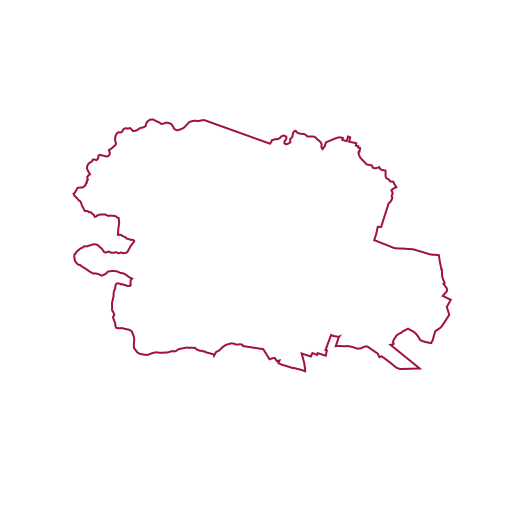 outline of Yecuatla, Veracruz, Mexico, rotated 65°
{"feature_id": "50627088B64741996810444", "entity_name": "Yecuatla", "entity_type": "district", "adm_level": 2, "iso_a3": "MEX", "parent_name": "Mexico", "parent_adm1": "Veracruz", "projection": "orthographic", "projection_center": [-96.776, 19.847], "detail": "fine", "context": "isolated", "style": "outline", "palette": "rose", "viewbox_px": 512, "rotation_deg": 65, "n_neighbors": 0, "source": "geoboundaries", "source_scale": "gbopen_adm2", "svg_char_len": 6105}
<svg xmlns="http://www.w3.org/2000/svg" viewBox="0 0 512 512"><g transform="rotate(65 256 256)"><path d="M253.0,99.7L248.5,100.3L246.9,100.1L245.9,101.5L245.2,102.9L243.3,103.1L242.3,103.8L240.1,105.1L238.1,104.7L233.4,102.5L232.2,104.0L231.1,105.7L229.5,106.7L227.5,106.8L227.4,109.0L226.8,111.1L225.4,112.8L222.8,112.8L219.7,117.1L218.2,117.5L211.3,119.9L208.3,120.0L205.4,119.4L204.7,118.7L205.1,118.1L202.3,116.0L200.7,117.6L199.7,116.9L198.1,118.8L196.3,117.4L195.5,118.3L191.8,123.2L188.3,120.5L186.6,122.1L190.2,125.2L187.3,128.7L185.7,127.4L185.5,127.6L183.8,130.0L183.3,131.8L183.0,133.9L182.8,139.0L182.5,144.4L184.3,146.2L185.8,147.5L186.3,149.0L187.3,150.4L186.2,150.8L184.7,150.6L183.3,149.8L182.1,149.2L179.9,149.4L177.8,150.3L176.2,151.2L173.8,151.9L172.3,153.0L170.8,155.9L169.7,158.5L168.3,159.4L166.6,160.1L165.6,161.2L164.4,163.3L162.9,165.5L161.0,166.8L159.3,167.1L159.1,168.6L159.9,170.0L161.4,171.4L163.1,172.4L163.9,173.8L164.3,175.4L165.3,176.2L166.6,176.4L167.5,176.9L167.8,180.1L167.2,182.0L165.7,182.6L164.8,182.2L163.9,181.3L163.3,180.0L162.3,178.7L160.8,178.2L159.4,179.0L158.6,180.0L158.3,181.4L158.5,183.0L159.1,184.3L159.3,186.5L158.2,189.7L157.8,192.7L159.2,194.1L160.1,195.9L110.9,245.5L109.7,249.3L109.2,251.7L107.8,253.6L106.9,256.4L106.5,258.5L106.6,260.6L107.7,263.0L108.3,264.7L109.0,266.1L109.4,268.4L109.0,274.0L107.3,275.8L105.4,276.5L103.8,276.4L100.5,277.1L98.9,278.5L97.3,280.7L96.8,284.5L96.2,286.1L94.3,287.1L92.6,288.6L88.7,291.7L87.7,294.4L88.0,296.7L88.8,298.6L90.3,300.1L91.5,300.9L91.8,302.5L91.7,304.3L91.2,306.2L91.1,307.7L91.6,309.7L91.6,312.1L90.8,314.7L89.0,315.2L86.8,316.1L86.4,318.5L85.2,319.8L84.9,322.0L85.7,323.5L86.9,325.1L86.7,326.8L85.7,328.5L86.1,330.3L87.5,332.2L88.7,333.3L91.3,334.6L92.9,335.1L95.1,335.4L96.1,336.7L97.5,341.7L97.8,344.5L101.0,344.9L102.5,346.3L103.0,348.1L102.5,349.8L100.9,351.4L99.3,353.8L98.3,354.6L98.3,356.2L100.9,357.8L101.7,360.0L100.5,361.3L99.7,363.1L100.9,364.7L101.0,365.8L101.3,367.9L102.1,369.7L103.3,371.0L105.0,372.2L108.4,372.3L111.8,371.9L112.3,374.0L112.9,375.5L114.9,376.1L115.9,376.2L116.0,377.0L116.5,377.5L117.2,378.1L117.8,378.1L118.0,378.3L118.0,378.9L118.5,379.2L119.1,380.4L119.7,380.6L120.1,381.4L120.4,382.6L120.6,384.3L119.3,387.3L118.9,388.5L119.1,389.3L121.1,392.1L122.1,393.4L122.3,394.2L122.4,395.0L124.3,395.2L128.0,393.8L130.3,393.2L132.7,392.0L137.1,392.4L139.7,392.2L140.8,392.3L142.8,392.1L143.7,390.4L144.6,389.3L145.7,389.0L146.2,387.9L146.9,386.9L148.2,386.8L149.8,385.7L152.5,385.5L152.7,384.1L152.1,382.7L152.6,379.6L154.5,375.4L157.3,372.8L157.9,370.8L159.2,368.4L160.8,366.2L162.7,365.4L163.5,364.4L168.4,366.1L172.8,369.1L178.5,372.2L179.7,369.4L181.0,368.9L183.8,366.4L185.5,365.9L186.8,364.3L188.0,363.2L189.4,360.6L191.1,360.1L193.5,364.3L194.0,365.5L195.3,367.1L198.0,370.9L198.3,371.8L197.4,375.2L195.8,376.8L195.7,378.8L194.9,380.0L193.3,381.3L193.1,383.2L191.7,386.2L190.0,387.1L189.5,389.0L189.4,390.6L188.4,391.9L186.5,392.3L184.2,392.6L181.7,393.9L179.5,394.6L178.1,395.9L176.8,397.9L176.1,402.9L175.9,405.0L174.6,407.6L175.0,409.2L175.1,410.9L175.0,412.2L175.6,413.9L175.8,415.0L176.2,416.3L176.9,417.7L177.6,418.5L177.6,419.6L179.2,420.7L180.8,421.4L183.8,422.1L186.4,421.7L188.8,420.7L190.1,419.0L192.4,418.0L195.0,416.1L199.1,413.8L201.2,412.4L203.3,410.7L203.6,409.4L204.6,407.9L206.2,406.1L208.7,404.0L208.7,401.7L208.5,399.0L207.6,397.2L207.9,395.4L209.0,392.3L210.3,389.7L211.9,387.8L214.2,385.9L215.6,383.6L217.9,381.9L220.9,380.3L222.6,379.2L224.1,377.8L224.6,379.1L225.1,379.8L227.7,381.4L228.7,381.5L229.5,381.8L229.8,382.5L229.4,384.0L228.7,385.3L227.4,386.5L226.4,387.7L225.3,388.8L224.6,390.5L223.9,390.7L222.2,393.1L222.1,394.3L222.6,395.2L224.7,396.7L225.8,397.2L226.8,398.7L227.7,399.4L229.3,400.6L231.0,401.5L232.3,402.0L233.4,403.1L238.0,406.5L239.0,406.9L241.7,408.1L244.2,409.3L246.5,409.1L249.2,409.2L250.3,410.3L250.7,411.3L252.4,411.7L257.0,412.0L258.4,412.3L260.2,413.1L262.1,413.0L263.7,410.5L264.6,408.3L264.8,407.8L266.6,405.6L269.3,402.0L272.0,400.4L274.2,400.6L277.0,400.7L279.4,401.3L282.0,402.6L285.1,404.4L287.9,405.4L293.3,404.3L295.8,402.4L298.5,398.5L299.9,395.8L300.2,390.8L300.9,387.6L303.3,383.6L306.1,376.7L306.7,372.3L308.1,370.1L308.2,367.7L307.7,365.8L308.0,364.1L310.0,356.6L311.0,355.6L311.5,353.8L312.7,351.8L313.4,350.2L315.3,349.5L317.9,347.2L318.5,346.4L319.4,344.5L320.4,343.9L321.1,342.6L322.3,341.9L327.3,335.9L328.6,336.2L326.1,332.6L326.1,329.3L324.5,324.9L323.9,321.3L324.1,318.9L324.7,315.4L325.8,313.5L327.2,312.1L328.4,310.5L329.2,307.7L330.7,305.8L332.1,305.9L343.5,288.8L355.3,287.4L355.6,284.4L356.4,282.0L360.0,281.6L360.6,278.9L362.4,281.0L365.8,278.3L367.4,276.2L372.9,270.3L373.8,268.6L375.1,267.1L376.8,264.9L378.5,262.9L381.2,260.2L378.1,258.8L377.1,258.7L374.1,257.7L371.1,257.1L363.7,255.8L370.2,248.8L369.5,248.3L369.7,248.0L367.8,245.9L371.5,242.4L370.1,241.1L375.9,234.9L371.5,231.7L370.7,232.8L367.5,229.6L359.3,221.3L360.7,220.2L361.4,219.4L363.1,216.9L364.3,214.9L364.3,214.7L364.7,215.4L371.4,221.8L372.2,219.6L375.4,213.6L376.3,211.0L379.2,207.0L382.9,203.2L384.1,199.5L383.9,197.5L384.2,195.1L385.1,193.3L396.0,186.9L399.8,186.9L399.9,184.7L403.7,182.4L407.9,180.2L416.6,175.9L419.3,173.3L427.1,155.2L393.4,171.6L394.0,169.1L393.8,168.3L391.8,168.2L390.9,167.4L389.9,166.2L387.4,162.1L386.9,159.3L386.9,156.6L386.4,155.1L386.1,148.9L388.1,147.6L390.6,145.6L393.1,144.3L395.4,143.5L398.8,142.9L401.6,142.7L403.7,140.9L405.7,138.5L407.6,136.1L408.9,134.0L407.1,131.6L400.0,125.4L398.9,118.9L397.8,116.6L391.0,105.7L382.8,104.6L378.0,98.0L371.1,103.6L368.8,98.3L367.4,97.0L365.6,96.8L360.5,97.8L360.3,96.5L354.7,96.2L351.8,95.4L346.7,93.2L346.4,93.7L345.2,93.3L338.8,91.8L332.5,89.9L330.4,93.5L329.4,95.6L328.1,97.5L326.1,99.7L324.8,101.3L322.8,103.3L321.3,105.2L316.7,110.3L315.0,113.0L313.4,116.1L312.0,118.5L308.6,125.2L307.0,127.6L295.0,138.9L291.6,142.2L287.4,138.2L285.8,136.9L281.0,133.3L282.6,130.3L278.2,126.3L264.3,113.5L263.9,111.7L262.5,109.4L260.7,107.8L258.9,107.7L257.0,105.6L253.5,105.4L252.8,102.0L253.0,99.7Z" fill="none" stroke="#9f1239" stroke-width="2"/></g></svg>